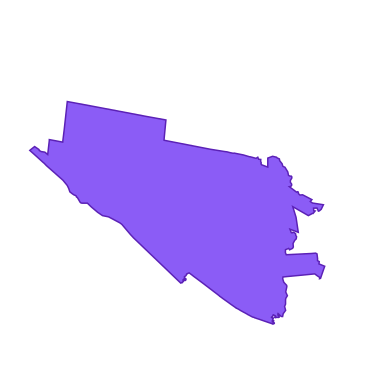 Magura, Teleorman, Romania, rotated 223°
{"feature_id": "2599482B1622448766062", "entity_name": "Magura", "entity_type": "district", "adm_level": 2, "iso_a3": "ROU", "parent_name": "Romania", "parent_adm1": "Teleorman", "projection": "equal_earth", "projection_center": [25.384, 44.049], "detail": "fine", "context": "isolated", "style": "filled", "palette": "violet", "viewbox_px": 384, "rotation_deg": 223, "n_neighbors": 0, "source": "geoboundaries", "source_scale": "gbopen_adm2", "svg_char_len": 4847}
<svg xmlns="http://www.w3.org/2000/svg" viewBox="0 0 384 384"><g transform="rotate(223 192 192)"><path d="M150.7,275.8L152.9,275.0L153.9,275.1L157.4,273.1L159.7,268.5L153.6,261.9L159.6,259.4L160.8,259.7L161.2,260.5L162.1,261.0L162.6,261.1L163.9,262.7L165.6,261.4L167.6,262.3L168.1,260.3L171.9,258.3L173.7,257.3L174.0,257.0L179.8,254.1L187.7,249.2L188.3,248.4L191.1,246.7L193.7,245.3L195.8,243.8L207.7,235.8L247.7,210.8L248.2,211.3L260.2,226.9L277.3,215.9L322.6,187.3L344.9,173.1L328.1,150.6L320.6,140.3L332.1,133.0L331.3,132.1L323.1,121.0L326.8,120.8L329.9,118.7L332.0,118.2L332.9,118.7L338.1,117.9L338.8,113.4L338.9,112.6L339.0,111.8L334.4,111.9L329.1,112.0L321.2,112.1L319.6,112.2L316.5,112.0L294.4,112.6L287.7,111.7L284.6,110.5L281.4,108.8L278.1,109.1L276.2,109.4L275.9,109.5L275.6,109.7L275.5,109.8L275.4,109.8L275.0,109.9L274.4,110.0L274.2,110.1L273.7,110.0L273.3,109.7L273.2,109.6L272.8,109.6L272.4,109.7L272.2,109.7L272.1,109.8L266.8,108.2L265.6,108.3L264.5,109.1L260.9,112.5L255.5,112.4L247.2,112.8L241.3,113.7L236.1,116.9L223.8,120.2L221.3,120.5L207.8,118.9L204.6,118.7L203.9,118.6L138.3,117.7L138.3,117.8L138.1,117.9L138.0,118.0L138.1,118.3L138.0,118.5L137.5,118.7L137.4,118.8L137.3,119.0L137.3,119.4L137.5,119.9L137.5,120.1L137.5,120.4L137.3,120.6L137.3,120.9L137.3,121.0L137.5,121.2L138.2,121.3L138.4,121.3L138.5,121.4L138.6,121.5L138.6,121.8L138.2,122.2L137.9,122.3L137.7,122.2L137.3,122.3L137.0,122.4L136.8,122.6L136.6,122.7L136.5,122.9L136.5,123.1L136.6,123.6L136.9,124.1L137.0,124.2L137.1,124.3L137.3,124.3L137.5,124.3L137.7,124.2L137.8,124.1L137.9,123.7L138.0,123.5L138.2,123.2L138.3,123.1L138.5,123.1L138.8,123.4L138.9,123.6L138.9,124.0L138.9,124.4L139.0,124.5L139.6,124.8L139.8,125.0L139.7,125.3L139.6,125.6L139.4,126.2L139.4,126.4L139.4,126.7L139.5,127.2L139.6,127.5L139.7,127.8L139.9,128.1L139.9,128.4L139.9,128.6L139.9,128.8L139.6,129.0L139.5,129.6L139.5,129.8L139.3,130.1L139.1,130.6L138.9,130.9L135.2,131.3L133.6,131.4L129.3,131.9L120.9,132.8L112.7,133.6L110.8,133.8L108.6,134.0L101.4,134.7L101.1,134.7L100.8,134.6L100.4,134.7L98.9,134.9L96.0,135.2L95.6,135.3L94.4,135.4L93.9,135.5L90.9,135.9L86.8,136.4L84.7,136.7L81.8,137.1L80.6,137.2L80.6,137.3L80.4,137.4L79.7,137.5L79.1,137.7L77.9,138.0L77.5,138.1L76.4,138.3L75.8,138.4L73.5,139.0L72.6,139.2L71.2,139.6L70.8,139.7L69.2,140.1L68.3,140.3L67.8,140.4L67.6,140.4L66.7,140.7L64.4,141.3L62.9,141.7L62.5,141.8L61.3,142.5L61.0,142.6L60.5,142.7L60.5,142.8L59.7,143.1L58.7,143.5L56.4,144.6L52.3,146.4L46.0,149.2L45.4,149.5L44.2,150.0L44.1,150.3L43.9,150.3L43.4,150.3L43.2,150.3L43.1,150.7L43.1,150.8L42.9,150.9L42.6,150.9L42.5,151.0L42.4,151.1L42.6,151.5L42.4,151.8L42.2,152.0L42.3,152.2L42.4,152.3L42.8,152.4L43.0,152.4L43.1,152.1L43.3,152.0L43.5,152.1L43.7,152.4L43.8,152.5L44.0,152.5L44.1,152.4L44.3,152.2L44.6,152.0L44.9,152.1L45.0,152.2L45.3,152.3L45.4,152.5L44.7,153.0L44.4,153.2L44.4,153.3L44.4,153.5L44.5,153.5L45.1,153.6L45.6,153.5L45.9,153.8L46.1,154.0L46.3,154.1L46.5,154.2L46.6,154.3L46.7,154.5L46.3,154.7L46.3,154.8L46.4,155.1L46.6,155.2L46.9,155.2L47.1,155.1L47.3,155.0L47.5,154.9L47.8,154.8L48.0,154.6L48.3,154.5L48.4,154.8L48.5,154.9L48.5,155.0L48.4,155.2L48.1,155.2L48.0,155.3L47.9,155.4L48.0,155.5L48.3,155.9L48.3,156.0L48.3,156.4L48.3,156.5L48.5,156.8L48.8,157.2L48.8,157.4L48.8,157.5L48.7,157.7L48.1,157.8L47.6,158.0L47.4,158.1L46.9,158.1L46.5,158.3L46.3,158.3L46.2,158.3L46.0,158.2L45.9,158.0L45.9,157.7L45.9,157.4L46.2,157.0L46.2,156.9L46.1,156.7L45.9,156.7L45.2,157.0L45.0,157.5L44.9,157.6L44.7,157.8L44.3,158.2L44.1,158.5L43.9,158.7L43.5,159.0L43.3,159.1L43.1,159.5L42.9,159.8L42.9,160.0L43.1,160.2L43.3,160.3L43.5,160.4L43.8,160.4L44.1,160.5L44.2,160.8L44.3,160.8L44.6,160.9L44.8,161.0L44.8,160.9L44.9,160.7L45.0,160.6L45.3,160.6L46.1,161.5L46.2,161.8L41.9,161.8L40.8,162.7L42.3,165.2L42.8,169.3L46.2,171.4L47.1,173.8L50.1,177.0L50.9,178.3L51.5,181.2L55.3,182.8L58.1,187.5L59.1,188.3L63.3,188.6L66.5,190.4L67.5,191.9L64.9,194.9L53.8,207.4L46.4,215.8L43.6,216.1L40.3,216.6L39.6,215.6L39.1,216.5L40.9,220.5L44.3,228.2L50.1,226.0L51.5,227.9L53.4,227.4L54.8,229.0L58.4,232.0L59.9,231.6L62.7,228.5L72.3,218.6L80.3,210.4L82.4,211.4L84.3,213.6L82.8,216.7L81.2,216.3L80.0,219.4L80.4,220.9L83.0,223.3L83.9,226.7L83.8,228.8L85.1,230.7L86.5,231.0L87.7,232.1L89.4,232.0L90.7,231.4L90.9,230.4L91.7,230.0L95.0,231.6L86.8,235.0L98.7,244.5L108.3,250.0L90.8,254.1L89.2,258.7L88.8,258.9L89.0,262.1L90.2,261.3L92.1,263.1L89.6,265.5L86.5,264.2L86.0,265.0L85.7,267.5L87.2,272.3L96.4,266.1L99.0,265.7L99.1,268.2L109.2,265.4L111.0,263.4L113.0,263.4L114.2,264.4L114.9,264.3L115.5,263.2L124.4,262.3L124.1,262.7L123.5,264.0L123.8,265.1L124.7,265.8L126.7,266.2L128.0,267.7L128.4,270.0L129.2,271.1L130.3,271.3L131.2,270.4L132.8,270.0L135.6,272.0L140.9,273.5L142.6,272.9L143.4,272.9L145.3,274.1L149.2,274.7L150.7,275.8Z" fill="#8b5cf6" stroke="#5b21b6" stroke-width="1.5"/></g></svg>